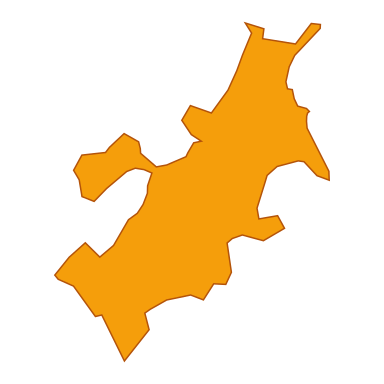 Suffolk, Massachusetts, United States of America (Mercator projection)
{"feature_id": "52423323B97000000441045", "entity_name": "Suffolk", "entity_type": "district", "adm_level": 2, "iso_a3": "USA", "parent_name": "United States of America", "parent_adm1": "Massachusetts", "projection": "mercator", "projection_center": [-71.062, 42.336], "detail": "fine", "context": "isolated", "style": "filled", "palette": "amber", "viewbox_px": 384, "rotation_deg": 0, "n_neighbors": 0, "source": "geoboundaries", "source_scale": "gbopen_adm2", "svg_char_len": 1241}
<svg xmlns="http://www.w3.org/2000/svg" viewBox="0 0 384 384"><path d="M54.8,275.1L58.2,279.3L73.5,286.1L95.4,316.5L101.8,315.0L124.4,361.0L149.1,329.7L144.8,313.1L150.2,309.3L166.8,299.9L167.1,299.9L190.6,295.0L203.4,299.9L213.7,283.8L225.8,284.4L231.4,272.3L227.1,243.0L232.3,238.5L242.3,235.0L263.4,240.7L284.5,228.3L277.6,215.7L258.9,218.9L257.0,208.2L258.3,204.0L265.1,182.1L267.1,175.4L277.1,166.5L295.5,161.6L298.2,160.9L304.0,161.7L317.0,175.7L329.2,180.2L328.9,171.3L307.1,128.2L306.5,121.3L306.7,116.2L307.6,113.0L309.4,111.5L306.5,108.5L297.7,106.1L294.2,98.7L292.3,89.6L287.5,88.8L287.5,88.7L285.9,81.8L289.2,66.8L294.7,55.4L320.2,28.4L320.4,24.5L311.3,23.5L295.5,44.0L262.6,38.7L263.9,28.8L245.3,23.0L251.6,33.1L242.5,55.1L236.8,70.7L228.0,90.1L211.4,113.0L190.4,105.6L181.8,120.3L191.3,134.6L201.3,141.2L193.7,142.8L187.9,152.7L186.0,156.7L166.7,165.0L156.3,166.9L140.6,153.3L140.3,148.6L138.6,141.8L124.1,133.6L109.5,147.3L105.5,152.5L81.9,155.1L73.6,170.3L79.2,179.8L82.0,196.6L94.1,201.4L106.6,188.5L126.7,171.5L135.3,168.2L144.0,169.6L151.9,173.0L147.6,185.8L147.4,193.3L143.1,204.5L137.3,213.3L128.5,219.7L113.6,245.4L99.8,257.1L85.3,242.8L69.2,257.2L54.8,275.1Z" fill="#f59e0b" stroke="#b45309" stroke-width="1.5"/></svg>